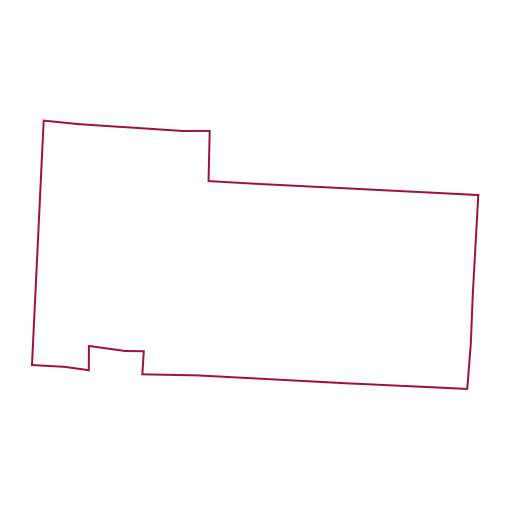 Oneida, Wisconsin, United States of America, rotated 183°
{"feature_id": "52423323B37624574401455", "entity_name": "Oneida", "entity_type": "district", "adm_level": 2, "iso_a3": "USA", "parent_name": "United States of America", "parent_adm1": "Wisconsin", "projection": "equal_earth", "projection_center": [-89.465, 45.683], "detail": "fine", "context": "isolated", "style": "outline", "palette": "rose", "viewbox_px": 512, "rotation_deg": 183, "n_neighbors": 0, "source": "geoboundaries", "source_scale": "gbopen_adm2", "svg_char_len": 413}
<svg xmlns="http://www.w3.org/2000/svg" viewBox="0 0 512 512"><g transform="rotate(183 256 256)"><path d="M38.1,134.3L36.9,179.4L37.5,228.9L37.2,328.5L254.5,328.1L307.3,328.3L308.8,378.5L335.6,377.0L440.5,378.4L475.1,380.1L474.9,331.1L474.0,135.4L441.6,135.3L417.0,133.2L418.1,157.4L381.9,154.3L363.1,155.0L363.3,131.9L308.6,133.7L163.4,133.6L38.1,134.3Z" fill="none" stroke="#9f1239" stroke-width="2"/></g></svg>